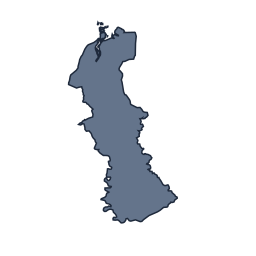 Kambia, Northern, Sierra Leone (Mercator projection), rotated 115°
{"feature_id": "65957751B7874629800584", "entity_name": "Kambia", "entity_type": "district", "adm_level": 2, "iso_a3": "SLE", "parent_name": "Sierra Leone", "parent_adm1": "Northern", "projection": "mercator", "projection_center": [-13.013, 9.222], "detail": "fine", "context": "isolated", "style": "filled", "palette": "slate", "viewbox_px": 256, "rotation_deg": 115, "n_neighbors": 0, "source": "geoboundaries", "source_scale": "gbopen_adm2", "svg_char_len": 5855}
<svg xmlns="http://www.w3.org/2000/svg" viewBox="0 0 256 256"><g transform="rotate(115 128 128)"><path d="M204.3,122.2L203.6,118.7L203.7,117.9L205.4,115.8L204.9,113.1L205.0,111.5L205.7,110.4L206.6,110.3L206.8,112.4L208.1,113.1L209.2,115.1L210.6,116.0L211.8,116.0L213.0,115.5L213.6,114.2L212.9,112.8L210.5,111.4L209.4,110.3L208.8,109.0L208.7,107.0L210.5,105.6L211.3,103.2L212.2,101.7L213.4,100.7L214.6,101.6L214.8,102.9L215.3,103.3L216.5,103.3L217.6,102.6L216.9,100.6L215.7,98.6L215.8,97.1L216.9,94.1L216.0,92.5L214.7,91.5L212.7,91.1L211.1,91.4L210.2,90.2L211.5,87.7L211.2,86.1L208.1,82.4L207.7,77.4L206.8,76.0L204.5,75.2L198.4,71.9L191.6,65.9L189.1,64.2L184.9,62.2L183.5,59.7L182.8,58.9L182.0,58.8L180.7,59.1L179.0,58.5L178.3,58.0L177.0,57.8L177.0,56.7L175.6,55.1L173.6,55.2L170.8,53.7L169.9,54.3L169.8,56.3L169.0,57.1L167.9,60.9L166.9,61.6L166.8,62.4L167.9,64.9L167.3,65.5L165.6,64.9L164.1,65.8L162.7,67.5L163.0,68.3L164.1,69.3L164.7,70.7L164.5,72.4L161.8,76.2L160.5,78.5L159.8,79.1L160.3,80.3L160.0,80.8L159.3,81.2L159.8,81.7L159.2,81.2L158.5,81.9L158.4,84.4L157.7,85.5L158.9,86.6L157.2,87.9L158.1,89.8L157.3,90.3L157.2,92.2L157.1,92.4L156.5,91.9L155.5,90.4L154.3,90.7L153.0,91.7L152.5,92.5L152.4,94.1L152.9,95.0L152.8,95.9L152.1,95.8L151.3,94.9L150.6,94.6L149.9,94.5L149.4,94.8L148.2,94.9L146.7,93.9L144.9,93.8L144.5,94.8L143.6,95.9L143.5,98.9L144.2,100.5L143.9,100.8L144.0,101.7L144.4,102.1L145.1,102.2L145.3,102.7L145.1,104.5L144.5,105.1L142.6,105.7L140.3,104.9L140.0,105.2L140.0,105.6L140.5,106.0L140.6,107.0L139.3,109.3L137.6,110.6L138.3,112.5L137.5,113.4L135.0,113.8L133.4,116.1L130.8,114.3L128.7,115.5L128.4,115.2L127.6,115.3L127.0,115.5L126.1,117.4L125.8,116.4L124.6,115.2L123.6,114.6L122.8,115.5L121.5,115.4L120.1,114.7L118.7,116.1L118.5,116.7L119.0,117.2L119.3,118.2L118.3,118.8L116.9,118.7L116.2,119.1L114.6,121.1L114.3,120.0L113.6,120.0L113.3,119.4L112.7,119.1L113.3,119.0L113.4,118.4L112.8,117.5L112.1,116.6L111.5,116.7L110.3,115.8L108.1,115.2L105.8,117.1L106.7,119.7L106.7,121.3L105.3,123.4L104.7,124.8L105.3,125.1L104.7,124.8L104.3,125.8L105.7,128.4L105.5,135.4L105.2,135.8L105.8,136.1L105.2,135.8L102.7,137.5L101.7,138.7L98.9,143.6L99.1,145.0L97.3,147.1L89.1,152.7L87.2,154.4L83.2,154.9L81.1,156.0L79.7,158.9L79.3,160.3L78.3,161.1L76.4,161.3L72.6,160.8L70.0,160.8L68.9,159.0L65.4,156.0L63.2,152.0L60.1,152.4L59.1,152.1L48.0,157.0L41.4,159.3L38.6,161.7L38.4,162.3L43.1,171.8L42.4,171.6L41.7,172.9L41.3,172.9L40.9,174.4L41.2,175.2L40.8,175.7L40.8,179.3L41.1,179.8L41.9,180.2L42.5,180.0L45.0,180.8L46.2,180.7L47.3,180.2L47.6,179.8L48.0,175.9L48.5,175.7L49.0,177.0L48.8,179.6L50.5,180.5L50.5,180.9L49.7,181.9L51.6,181.5L51.9,181.2L51.9,179.7L52.6,178.5L52.9,178.7L53.2,180.9L58.2,185.4L59.7,187.7L62.4,188.5L66.5,188.7L67.2,188.5L68.1,187.5L69.2,187.0L70.3,185.8L70.2,185.5L71.2,184.8L73.3,183.9L74.3,183.8L74.8,184.2L77.1,184.1L81.0,184.8L80.8,185.5L79.6,185.5L76.4,184.7L74.9,186.0L73.6,187.7L72.8,188.1L70.6,190.6L68.9,191.6L67.1,191.8L63.1,190.9L62.9,191.0L63.0,191.9L60.3,191.5L59.3,191.9L59.1,192.1L59.4,192.7L61.9,193.4L65.0,195.1L69.4,199.2L71.3,199.9L74.8,200.4L81.1,200.2L83.0,200.7L86.5,200.7L88.3,200.2L93.3,199.3L94.5,198.7L97.5,199.2L104.1,202.3L106.0,202.1L110.0,201.0L112.0,200.9L113.7,200.2L113.5,191.5L111.8,189.7L110.2,187.4L111.4,186.5L112.2,185.3L113.9,184.8L115.3,183.3L116.8,182.6L117.0,181.6L119.6,181.1L120.5,180.3L122.4,180.3L123.3,180.0L123.3,178.7L122.6,177.2L122.8,176.2L123.4,175.6L123.4,173.9L124.4,171.9L125.7,167.7L126.9,168.2L127.8,168.1L130.4,165.5L132.9,164.7L135.8,167.8L138.8,170.1L138.8,170.9L139.5,170.9L140.7,171.9L141.5,172.2L142.6,172.1L143.7,173.5L145.7,174.3L145.3,172.3L144.4,171.5L143.2,170.9L143.0,169.5L146.0,167.1L147.4,166.5L147.8,165.8L148.5,164.4L147.1,162.1L148.5,159.0L150.9,156.7L152.1,154.7L152.5,153.2L154.3,151.7L155.0,150.2L160.5,150.0L161.1,149.1L160.8,147.2L159.9,145.4L161.3,145.4L162.5,142.9L163.3,138.8L161.8,135.4L161.5,133.9L162.0,132.6L164.4,130.6L165.4,130.4L166.5,131.6L167.2,131.3L167.8,130.6L168.9,130.0L170.2,128.6L170.5,126.2L171.2,125.9L172.4,125.9L173.1,127.0L173.1,128.2L173.7,129.3L177.9,127.9L179.3,127.9L180.7,127.2L181.5,126.5L180.0,123.2L180.3,122.8L182.0,122.5L183.4,122.9L184.1,123.9L183.2,125.5L182.1,126.6L183.5,127.5L184.6,127.6L186.0,127.0L186.4,124.3L187.0,123.1L188.8,121.2L188.1,118.5L188.8,118.4L189.7,118.8L192.1,123.5L193.5,122.9L194.0,122.1L194.2,118.2L194.7,118.4L195.7,119.5L197.1,119.6L198.9,119.1L200.7,119.8L203.4,122.3L204.3,122.2ZM56.8,187.4L55.9,186.8L55.9,187.1L54.8,187.1L53.3,187.8L53.0,187.2L52.6,188.2L52.6,187.5L52.3,187.4L51.8,189.0L51.4,189.1L51.6,190.3L53.1,192.1L54.0,192.7L53.1,192.8L52.7,192.6L52.8,193.2L52.4,193.4L52.7,193.5L54.8,192.8L55.2,192.3L59.4,190.8L59.5,190.0L57.8,189.1L56.8,187.4ZM69.4,190.5L70.4,190.3L71.5,188.5L73.9,186.6L74.8,185.0L72.7,185.2L71.2,186.0L70.2,188.4L68.9,190.1L69.4,190.5ZM48.2,191.4L47.5,191.5L48.1,191.7L47.3,192.0L47.7,192.4L47.5,192.7L47.9,193.1L47.7,193.4L48.2,195.4L49.2,195.1L48.6,195.8L49.5,196.2L51.7,194.9L52.3,193.9L51.6,193.1L51.3,193.2L51.8,194.2L50.8,194.0L50.3,194.2L49.7,193.8L48.9,192.0L48.2,191.4ZM45.8,196.5L44.9,194.6L44.0,195.1L44.1,195.4L44.5,195.5L44.8,196.5L44.0,196.6L44.4,197.1L45.8,196.5ZM59.9,188.8L58.5,187.6L57.9,187.5L58.6,188.9L59.0,189.0L59.9,188.8ZM47.0,199.4L46.9,198.9L45.6,198.6L45.3,198.7L45.7,199.0L45.1,199.8L46.7,199.4L46.4,199.9L47.0,199.4ZM50.5,191.1L50.5,190.5L50.0,190.4L49.9,190.8L50.4,191.5L51.8,192.3L51.1,191.1L50.5,191.1ZM59.6,190.6L61.4,190.0L61.7,189.5L60.3,189.9L59.6,190.6ZM45.9,189.7L45.1,189.0L44.3,189.2L44.6,189.9L45.9,189.7ZM67.3,189.4L67.2,189.0L65.7,189.5L66.7,189.8L67.3,189.4ZM46.4,191.7L46.5,190.9L46.1,190.8L45.8,191.5L46.4,191.7ZM53.8,185.4L53.0,185.2L52.5,185.3L53.7,185.5L53.8,185.4ZM52.6,192.2L52.1,191.5L52.6,192.2ZM51.5,192.7L52.1,192.6L51.4,192.6L51.5,192.7Z" fill="#64748b" stroke="#1e293b" stroke-width="1.5"/></g></svg>